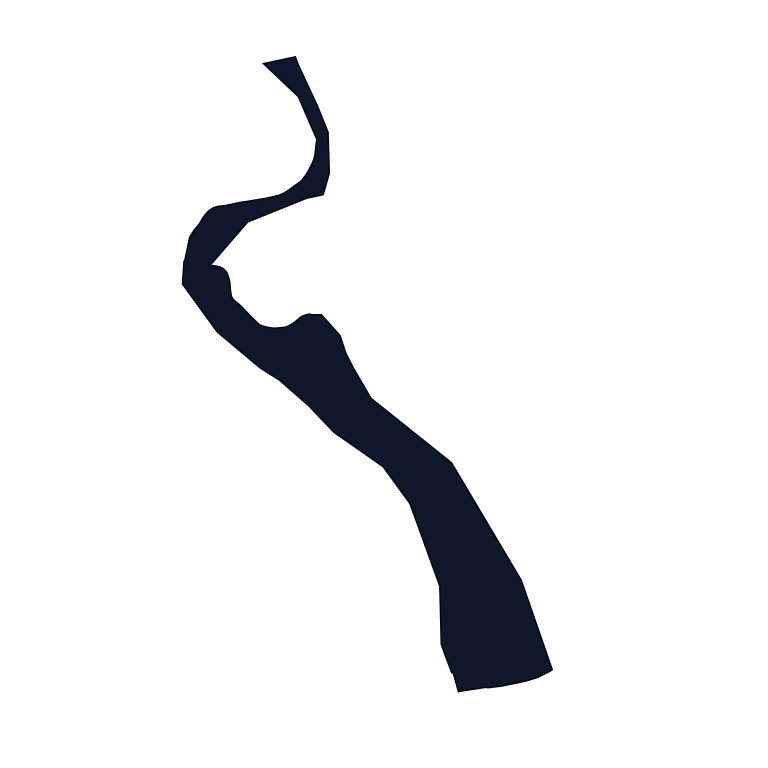 outline of Dennery By Pass, Dennery, Saint Lucia, rotated 324°
{"feature_id": "8701671B7729903902665", "entity_name": "Dennery By Pass", "entity_type": "district", "adm_level": 2, "iso_a3": "LCA", "parent_name": "Saint Lucia", "parent_adm1": "Dennery", "projection": "albers", "projection_center": [-60.894, 13.912], "detail": "fine", "context": "isolated", "style": "filled", "palette": "ink", "viewbox_px": 768, "rotation_deg": 324, "n_neighbors": 0, "source": "geoboundaries", "source_scale": "gbopen_adm2", "svg_char_len": 3562}
<svg xmlns="http://www.w3.org/2000/svg" viewBox="0 0 768 768"><g transform="rotate(324 384 384)"><path d="M446.1,195.0L463.6,181.4L473.4,167.0L486.7,147.5L493.7,119.5L495.7,109.1L502.4,74.8L504.0,69.2L504.6,67.2L475.9,54.5L474.8,54.0L483.6,101.1L473.4,146.8L472.2,147.9L470.1,149.9L469.0,151.2L468.3,152.0L466.4,154.1L465.9,154.6L464.6,156.1L462.7,158.1L460.4,160.1L457.9,161.9L455.6,163.3L453.2,164.5L450.1,166.0L447.9,167.2L445.2,168.4L444.5,168.6L442.6,169.2L439.8,170.1L438.1,170.5L437.1,170.8L434.4,171.1L432.4,171.1L430.9,171.1L430.1,171.1L428.8,171.1L427.6,171.1L426.3,171.1L424.5,171.1L421.6,171.1L418.7,171.0L415.8,170.8L412.9,170.2L411.4,169.9L410.2,169.6L407.6,168.6L406.3,168.1L405.0,167.6L403.6,167.0L402.5,166.5L400.5,165.6L399.7,165.3L396.9,164.0L394.3,162.7L392.0,161.5L389.4,160.2L386.8,158.9L384.2,157.7L383.0,157.0L381.7,156.4L380.0,155.5L378.7,154.8L376.8,153.8L374.4,152.6L371.7,151.3L369.0,150.2L367.8,149.7L366.5,149.1L364.0,148.0L361.4,146.8L359.0,145.5L357.7,144.8L356.6,144.1L355.0,143.2L354.2,142.8L351.7,141.8L349.1,141.1L345.7,140.9L344.9,140.8L342.1,141.2L339.4,141.8L336.7,142.6L334.0,143.6L332.9,144.1L331.3,144.9L329.7,145.5L328.7,145.9L326.1,146.7L324.8,146.9L322.8,147.4L320.7,148.0L318.1,149.0L315.5,150.0L312.8,151.2L296.0,166.5L295.7,167.1L294.4,167.1L279.7,184.7L279.7,243.9L293.2,298.1L301.0,317.7L301.7,319.5L309.3,352.9L309.9,355.5L310.3,357.3L312.3,372.7L313.0,377.9L315.2,393.9L316.4,397.5L319.9,407.5L328.5,432.4L334.7,450.6L334.7,496.0L310.3,580.4L277.3,628.3L274.3,638.7L269.7,655.1L269.4,656.2L269.1,657.4L270.3,657.8L270.1,658.6L264.5,673.7L263.9,675.3L263.4,676.8L264.2,676.9L265.7,677.7L269.0,679.4L275.7,682.8L279.0,684.5L279.9,685.0L282.3,686.3L285.7,688.0L286.5,688.4L288.2,689.3L288.8,690.0L289.5,690.8L293.4,693.0L294.4,693.5L298.9,696.0L300.1,696.7L301.0,697.2L302.0,697.7L302.6,698.0L303.8,698.5L304.6,698.9L306.0,699.5L308.0,700.4L309.3,701.0L310.7,701.7L311.4,701.9L312.1,702.3L312.9,702.6L314.5,703.4L316.3,704.2L317.1,704.6L317.8,704.9L319.1,705.5L320.0,705.8L320.7,706.1L321.6,706.5L322.3,706.8L323.9,707.5L324.7,707.8L325.4,708.1L326.3,708.4L327.4,708.8L329.1,709.4L330.6,709.9L331.5,710.2L332.5,710.6L333.3,710.8L334.5,711.2L335.6,711.5L336.6,711.8L337.5,711.9L338.2,712.1L339.9,712.4L341.4,712.6L342.3,712.8L343.4,713.0L344.6,713.1L346.6,713.5L348.4,713.7L349.1,713.8L349.8,713.9L350.5,714.0L352.2,714.0L379.7,623.4L389.1,522.1L392.3,487.3L366.1,391.8L365.9,390.9L365.1,388.0L367.1,367.7L367.8,360.7L368.0,358.7L368.6,352.7L370.6,340.4L371.4,336.1L376.9,318.9L374.2,292.4L374.0,291.2L372.1,289.8L366.2,285.4L365.7,284.8L364.9,283.7L364.2,283.4L363.1,282.8L362.4,282.5L359.7,281.6L357.0,281.0L356.1,281.0L354.3,281.0L351.5,281.2L350.8,281.3L348.7,281.4L346.0,281.4L344.4,281.3L343.2,281.2L340.4,280.8L339.0,280.4L337.4,280.0L335.0,278.6L333.6,277.8L332.7,277.2L331.1,276.3L330.2,275.7L329.5,275.3L327.9,274.2L325.7,272.3L323.7,270.3L321.9,268.3L321.0,267.2L320.2,266.1L318.4,263.6L317.6,260.9L317.2,258.1L316.7,255.1L316.2,252.4L315.8,249.7L315.4,246.6L315.0,243.6L314.8,242.2L314.5,240.3L314.2,238.0L313.7,235.0L312.9,231.8L312.2,229.5L311.8,226.6L312.0,223.8L312.6,222.3L313.1,221.3L313.8,220.0L314.4,218.9L315.9,216.3L316.7,215.0L317.4,213.8L318.9,211.3L320.1,208.7L321.0,205.9L321.3,205.0L322.0,203.3L322.4,200.6L322.1,197.9L321.5,195.8L321.3,195.1L320.6,193.9L319.9,192.5L318.1,190.5L317.3,189.8L316.1,188.6L314.9,187.5L313.9,186.5L313.2,185.7L318.2,184.6L368.9,172.8L403.4,181.4L430.9,188.3L437.1,191.1L445.2,194.7L446.1,195.0Z" fill="#0f172a" stroke="#020617" stroke-width="1.5"/></g></svg>